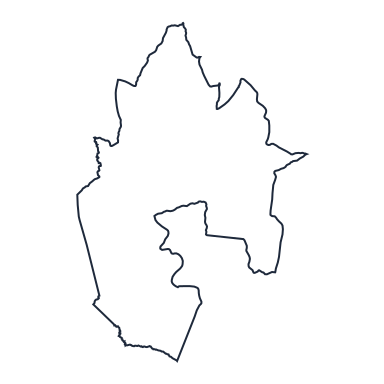 the district of Turkana South, Rift Valley, Kenya
{"feature_id": "3690345B86728655085245", "entity_name": "Turkana South", "entity_type": "district", "adm_level": 2, "iso_a3": "KEN", "parent_name": "Kenya", "parent_adm1": "Rift Valley", "projection": "mercator", "projection_center": [35.73, 2.378], "detail": "fine", "context": "isolated", "style": "outline", "palette": "slate", "viewbox_px": 384, "rotation_deg": 0, "n_neighbors": 0, "source": "geoboundaries", "source_scale": "gbopen_adm2", "svg_char_len": 5953}
<svg xmlns="http://www.w3.org/2000/svg" viewBox="0 0 384 384"><path d="M93.3,304.4L113.9,324.3L114.3,325.5L115.2,325.2L116.3,326.7L116.8,326.4L117.3,326.5L117.9,326.3L118.3,327.1L119.2,327.7L119.6,329.7L120.1,330.4L119.7,330.9L120.2,331.4L119.2,332.8L119.4,333.6L120.4,333.5L120.4,333.8L119.8,334.3L119.6,335.3L119.0,335.5L118.7,336.0L118.9,336.1L119.6,336.0L120.0,337.0L121.7,337.8L121.7,338.9L122.4,339.3L122.4,340.3L122.9,340.5L123.6,341.6L124.2,341.4L124.0,342.0L124.3,342.4L124.9,342.5L124.9,342.8L125.3,343.1L124.8,344.5L125.1,344.9L125.6,344.7L125.6,345.4L126.0,345.1L126.9,345.4L130.0,344.6L130.8,345.1L131.4,345.1L132.0,345.8L133.1,346.1L134.2,346.2L134.6,345.8L135.5,345.7L137.4,346.0L138.4,345.5L140.9,346.6L141.6,346.3L142.3,347.0L142.9,347.1L143.5,346.6L144.7,346.5L145.4,346.9L146.9,347.1L149.7,346.1L150.2,346.5L150.7,346.5L152.1,348.5L153.0,348.8L153.3,349.3L154.6,349.2L155.7,349.7L156.1,349.5L158.3,350.4L160.7,350.8L161.5,351.5L163.2,351.6L165.7,353.7L166.4,353.7L167.6,354.4L168.5,354.4L169.5,356.4L171.0,356.8L172.5,358.2L176.6,360.4L177.1,361.0L194.7,316.5L196.8,310.3L199.4,305.4L200.9,304.0L201.4,303.2L201.4,301.6L199.9,298.3L199.2,295.7L198.8,293.1L198.7,290.5L198.3,289.0L197.8,288.2L196.8,287.6L194.3,286.6L189.5,286.1L179.7,286.2L178.8,286.4L177.9,287.2L175.9,286.3L174.3,285.2L173.1,284.1L172.1,282.7L171.7,281.3L171.8,279.9L172.6,276.8L174.4,274.1L176.2,272.0L180.1,268.6L181.3,267.1L182.2,265.8L182.6,264.1L182.8,261.0L181.9,258.2L180.4,256.0L178.5,254.3L176.4,253.4L174.8,253.4L173.1,253.8L171.7,253.4L171.3,252.9L170.0,250.0L168.9,249.1L167.7,249.0L162.1,249.9L160.4,248.8L160.2,248.0L160.5,246.5L163.8,242.9L165.2,239.3L167.8,235.9L168.5,233.5L168.4,231.9L168.0,230.7L167.1,229.8L161.9,226.4L157.4,222.6L155.5,220.1L154.4,216.0L156.0,214.8L158.1,213.7L161.8,213.2L163.9,211.8L165.3,211.4L166.2,210.9L166.9,210.7L170.4,211.2L172.8,210.7L174.6,209.8L177.1,207.8L178.7,207.4L181.7,206.0L183.4,205.7L186.9,206.1L190.4,203.7L192.5,203.3L194.4,203.8L197.9,202.6L198.5,201.8L199.1,201.5L200.4,201.4L201.9,201.9L203.8,201.7L205.6,202.5L206.4,204.3L206.1,205.9L206.8,207.9L206.9,209.0L205.2,212.1L204.8,215.0L205.4,217.8L205.0,221.9L205.4,223.5L206.5,225.2L207.0,226.5L206.7,228.3L205.9,230.1L206.4,231.8L206.0,234.4L206.3,234.8L207.0,235.2L243.4,239.1L244.5,240.3L246.8,245.8L246.8,247.9L246.3,250.0L246.4,251.0L248.8,255.2L249.6,257.1L249.9,258.9L249.4,261.7L248.5,264.1L248.6,266.1L249.2,267.5L252.5,270.1L253.5,272.5L254.1,272.9L254.9,272.8L257.6,271.6L258.6,270.4L259.2,270.3L262.3,272.3L263.5,272.5L265.0,274.2L266.9,274.3L272.0,272.0L274.8,272.3L275.2,272.3L275.3,272.0L275.9,268.5L277.8,262.5L279.0,256.9L280.6,242.3L282.5,234.4L282.9,229.2L282.5,225.5L281.4,223.6L278.9,221.3L277.1,219.3L276.0,217.6L274.7,216.3L272.1,216.1L270.6,215.1L270.4,214.3L270.6,210.5L272.2,199.4L272.5,193.3L273.3,184.9L275.1,180.0L276.0,176.9L275.5,175.3L274.3,173.3L274.4,171.8L275.3,170.9L278.7,170.1L281.1,168.8L283.6,168.1L285.5,166.9L286.3,165.6L287.1,164.9L289.8,163.7L290.7,162.4L292.1,161.9L293.1,161.1L297.1,160.6L299.8,158.5L303.3,156.6L305.4,154.6L306.7,154.1L305.2,153.5L304.3,153.5L302.8,152.9L301.8,152.9L300.5,153.2L298.7,152.9L295.4,153.2L292.5,154.4L291.1,154.3L290.6,153.8L286.9,151.5L278.9,147.4L276.5,145.6L273.1,143.8L271.3,143.9L269.8,144.9L268.3,145.0L267.0,144.4L266.4,143.8L266.2,142.8L266.3,142.1L267.7,139.3L268.3,137.4L269.3,132.2L269.3,125.5L268.8,120.9L267.9,119.8L265.1,118.0L264.4,116.8L264.6,115.8L266.0,112.7L266.2,110.8L265.9,109.6L265.0,108.1L262.8,105.8L258.5,102.9L257.2,101.5L256.9,99.3L257.4,94.2L257.2,93.0L256.7,92.1L254.9,90.4L250.6,85.2L244.3,79.6L243.4,79.1L241.8,78.8L241.1,79.2L240.4,80.9L240.5,82.4L239.2,85.7L238.7,86.2L238.7,87.2L238.1,87.6L233.2,95.1L228.3,101.1L224.6,104.4L219.1,108.3L217.5,109.0L216.8,108.9L216.6,106.0L216.9,104.5L216.9,102.9L217.5,101.7L218.7,100.2L218.8,98.6L219.3,97.1L219.4,92.9L219.0,87.5L219.1,86.3L219.8,84.9L219.7,83.5L219.4,83.4L218.7,84.9L217.8,85.5L213.4,86.0L211.2,86.6L210.1,86.4L208.6,84.7L204.2,75.9L202.7,72.4L202.0,69.7L199.5,64.6L199.0,61.5L199.4,58.3L200.3,57.0L199.0,56.9L197.6,57.6L196.6,57.5L192.6,54.6L190.1,46.1L189.1,44.4L188.3,42.1L186.3,39.8L186.1,37.5L185.5,35.6L186.1,33.7L186.1,32.6L185.6,31.3L185.8,29.7L185.2,28.6L183.8,27.0L183.2,24.1L183.4,23.4L183.1,23.0L182.7,23.2L182.3,24.2L181.6,24.7L180.1,24.8L178.0,26.1L174.8,25.3L173.2,25.6L171.6,25.5L170.2,26.2L168.5,26.6L167.6,27.2L166.6,29.5L166.6,30.5L165.9,32.7L163.0,38.1L162.6,41.1L161.3,43.5L158.4,45.5L157.3,46.7L156.1,50.3L154.9,51.8L149.8,54.7L149.2,55.3L148.4,57.1L147.7,57.9L147.5,58.7L147.9,60.5L147.1,62.6L144.7,66.0L142.7,68.0L140.5,73.3L140.1,75.2L138.5,76.7L137.7,78.1L137.7,79.6L137.3,80.7L136.2,82.2L136.1,84.6L135.7,85.7L135.4,86.0L134.1,86.0L132.5,85.3L128.8,83.1L125.2,81.4L120.1,79.9L118.0,79.8L116.0,89.7L115.7,93.0L115.9,98.8L116.8,106.4L117.7,111.4L119.0,116.0L120.8,119.9L120.6,122.5L121.0,125.5L120.9,126.7L119.5,129.1L119.4,130.8L118.6,132.3L118.4,133.4L118.8,134.3L117.6,138.4L118.1,140.5L118.0,142.4L113.2,145.3L111.8,146.0L111.0,146.0L110.4,145.6L109.8,142.9L108.7,141.2L107.7,140.6L105.4,140.6L103.7,139.5L102.4,139.3L100.0,137.8L99.0,137.8L97.0,138.4L95.1,137.4L94.2,137.7L95.2,139.2L94.6,141.1L94.8,141.7L96.1,142.0L96.3,142.4L96.0,143.7L97.5,144.7L96.7,145.5L96.6,146.1L97.8,147.5L98.1,151.2L98.9,152.3L98.7,153.0L97.5,153.5L97.2,155.5L96.5,156.9L97.0,157.3L98.1,157.2L98.5,157.8L97.2,159.2L97.2,160.2L97.7,161.1L98.4,161.7L98.7,163.1L99.9,162.9L100.4,163.2L100.9,165.3L100.7,166.0L99.4,166.1L98.9,166.6L98.7,167.4L99.4,170.3L99.0,170.8L98.0,171.2L97.4,172.2L98.0,175.1L99.3,176.4L99.4,176.9L99.3,177.2L97.0,178.5L95.0,179.1L94.1,179.7L92.2,181.4L89.8,183.2L88.1,186.0L85.6,186.5L84.9,187.3L82.9,188.5L81.8,190.3L77.3,194.7L77.7,204.9L78.8,216.6L79.6,220.0L86.7,244.9L99.4,295.7L98.6,296.1L98.3,296.7L98.3,297.6L98.8,297.9L98.8,298.3L97.7,299.3L96.3,299.5L95.3,300.3L94.7,301.3L94.5,303.0L93.3,304.4Z" fill="none" stroke="#1e293b" stroke-width="2"/></svg>